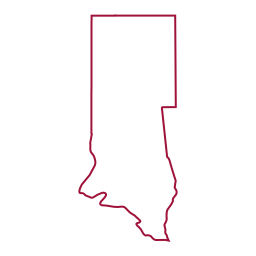 outline of North Darfur
{"feature_id": "SDN-881", "entity_name": "North Darfur", "entity_type": "State", "adm_level": 1, "iso_a3": "SDN", "parent_name": "Sudan", "parent_adm1": "", "projection": "robinson", "projection_center": [25.452, 15.918], "detail": "fine", "context": "isolated", "style": "outline", "palette": "rose", "viewbox_px": 256, "rotation_deg": 0, "n_neighbors": 0, "source": "natural_earth", "source_scale": "10m", "svg_char_len": 2281}
<svg xmlns="http://www.w3.org/2000/svg" viewBox="0 0 256 256"><path d="M112.7,15.7L115.1,15.7L115.3,15.7L115.4,15.4L115.9,15.6L175.2,15.6L175.8,107.0L175.2,107.1L162.4,107.2L162.1,107.5L161.9,107.9L167.1,156.7L167.2,157.0L167.5,157.3L168.4,158.0L169.5,160.3L172.1,169.4L175.7,180.8L174.7,187.1L174.7,187.4L174.8,187.6L174.8,187.8L176.4,190.6L176.6,191.6L176.6,192.7L176.3,194.0L176.2,194.2L175.9,194.7L173.4,198.0L173.1,198.3L173.0,198.6L172.9,199.0L172.8,201.1L172.8,201.5L172.1,202.7L171.7,203.5L171.2,204.5L167.5,209.6L166.9,211.3L166.8,211.7L166.5,215.5L166.7,218.8L166.7,219.2L166.6,219.5L166.6,219.9L165.9,221.9L164.6,224.3L164.5,224.7L164.4,225.0L164.5,225.6L165.4,229.4L165.4,229.7L165.4,230.1L165.3,231.1L165.3,232.5L165.3,232.8L165.4,233.1L166.6,235.2L166.9,235.8L167.1,236.7L167.2,237.3L168.7,240.6L165.3,239.9L155.9,240.0L155.0,239.8L153.8,239.2L152.6,238.2L151.5,236.9L151.1,236.4L150.2,235.9L148.9,235.4L147.9,235.2L147.0,235.3L146.3,235.5L145.4,235.4L144.5,234.9L143.3,233.6L140.9,229.4L138.9,227.1L137.3,225.7L136.7,224.7L136.4,224.2L136.5,223.7L136.9,223.3L137.4,223.1L139.5,222.4L140.0,222.0L140.3,221.6L140.2,221.0L140.0,220.5L139.5,220.0L134.3,215.2L133.1,214.6L129.8,212.4L125.3,207.8L124.6,207.3L123.8,206.9L122.8,206.7L121.7,206.6L117.9,207.0L113.9,206.8L106.5,205.6L102.1,205.3L101.2,205.0L100.6,204.5L100.2,203.9L100.2,203.1L100.6,202.2L101.1,201.4L104.4,197.8L105.4,196.4L105.7,195.7L106.0,195.2L106.0,194.7L105.9,194.1L105.5,193.4L104.9,193.0L104.1,192.8L103.3,192.7L102.4,192.8L101.4,193.1L97.4,194.8L93.6,197.2L92.5,197.6L91.5,197.7L90.8,197.6L89.0,196.7L86.4,195.8L85.7,195.4L85.0,194.9L84.3,194.1L83.6,193.6L82.9,193.3L82.2,193.1L80.8,193.1L80.2,193.0L79.7,192.8L79.4,191.9L79.4,190.6L80.2,187.9L81.9,184.4L89.7,175.0L94.8,165.5L95.1,164.4L95.3,163.5L95.4,162.4L95.3,161.2L94.8,158.8L94.2,157.0L93.5,155.5L92.6,154.2L91.4,152.7L90.8,151.8L90.4,150.3L90.3,148.7L90.4,144.6L90.2,143.2L91.8,134.0L91.4,133.4L91.4,131.8L91.4,125.4L91.4,119.0L91.4,112.6L91.4,106.2L91.4,99.8L91.4,93.4L91.5,87.0L91.5,80.6L91.5,74.2L91.5,67.8L91.5,61.4L91.5,55.1L91.5,48.7L91.5,42.3L91.5,35.9L91.5,29.5L91.5,26.0L91.5,22.6L91.6,19.2L91.6,15.7L95.4,15.7L97.5,15.7L100.2,15.7L103.3,15.7L106.3,15.7L109.2,15.7L112.7,15.7Z" fill="none" stroke="#9f1239" stroke-width="2"/></svg>